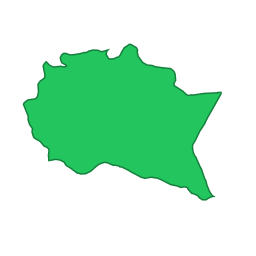 the district of Monjas, Jalapa, Guatemala, rotated 259°
{"feature_id": "79465075B55723885178845", "entity_name": "Monjas", "entity_type": "district", "adm_level": 2, "iso_a3": "GTM", "parent_name": "Guatemala", "parent_adm1": "Jalapa", "projection": "natural_earth1", "projection_center": [-89.899, 14.508], "detail": "fine", "context": "isolated", "style": "filled", "palette": "green", "viewbox_px": 256, "rotation_deg": 259, "n_neighbors": 0, "source": "geoboundaries", "source_scale": "gbopen_adm2", "svg_char_len": 1929}
<svg xmlns="http://www.w3.org/2000/svg" viewBox="0 0 256 256"><g transform="rotate(259 128 128)"><path d="M178.2,181.2L179.8,175.8L180.8,172.6L182.9,166.5L184.8,163.6L186.1,158.9L189.5,154.9L196.2,151.7L200.8,151.5L202.5,152.3L205.2,151.6L209.4,146.8L209.9,145.6L207.5,139.7L204.4,136.8L201.1,134.3L199.5,132.4L199.5,130.3L198.6,127.4L199.3,122.9L200.0,122.1L204.4,120.6L207.1,121.6L208.4,123.2L207.9,117.8L208.1,116.1L210.0,113.4L211.2,108.6L211.0,104.4L210.0,101.4L210.4,99.8L210.1,94.9L210.4,87.8L210.7,85.3L213.3,80.7L213.4,78.5L212.6,77.1L210.1,75.0L208.0,74.9L204.6,75.5L201.4,79.4L200.5,79.5L200.1,79.0L200.3,76.1L201.5,73.8L201.5,72.7L202.0,66.6L202.7,65.4L204.8,62.8L208.6,60.4L207.3,58.4L205.1,56.5L195.7,56.6L192.9,55.5L190.9,50.9L188.1,48.0L180.4,47.0L176.1,45.1L174.3,42.7L174.6,34.9L172.6,30.9L171.1,29.9L158.6,32.3L155.3,31.5L150.0,32.1L145.6,34.1L142.3,33.0L137.6,33.5L136.0,34.2L131.5,39.3L126.3,42.1L124.5,44.7L123.0,45.9L121.4,46.3L116.4,44.7L111.1,44.1L111.0,51.1L109.5,55.2L106.8,58.7L103.1,60.1L100.0,63.5L93.3,69.7L93.2,70.7L91.9,72.7L91.2,77.8L92.7,83.2L96.2,89.1L98.0,92.7L98.8,98.4L97.6,101.5L94.1,106.5L94.0,108.3L92.2,112.2L91.4,112.6L90.9,114.4L86.5,120.3L84.3,122.6L76.7,132.1L76.6,133.0L75.5,134.5L75.2,142.0L74.6,143.1L73.1,147.5L70.6,151.1L64.3,159.1L61.6,165.5L59.7,168.2L59.4,172.4L58.8,174.0L58.0,175.0L56.4,175.3L51.6,178.1L50.7,180.4L48.2,183.5L47.2,184.3L46.2,184.4L43.3,187.4L42.6,191.0L43.6,193.0L44.6,197.2L44.5,199.0L46.1,197.4L47.4,197.0L51.1,195.6L53.4,195.3L56.3,194.6L61.9,194.3L63.0,193.7L74.4,192.1L75.6,191.5L86.6,189.0L88.2,188.1L92.2,187.3L94.7,187.5L96.9,187.6L99.3,188.4L103.6,192.2L111.0,197.7L117.4,203.9L122.3,207.5L143.7,225.8L145.2,226.1L145.8,223.0L145.5,222.1L147.4,209.5L147.9,197.8L148.4,197.0L148.4,193.7L149.1,192.2L153.8,188.7L160.9,181.3L163.3,181.8L165.8,183.9L172.2,184.5L175.0,183.8L178.2,181.2Z" fill="#22c55e" stroke="#15803d" stroke-width="1.5"/></g></svg>